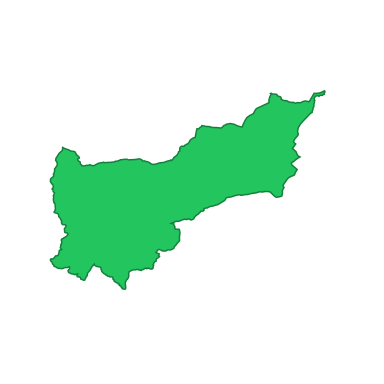 outline of Santa Isabel, Azuay, Ecuador, rotated 75°
{"feature_id": "8360857B32737896699989", "entity_name": "Santa Isabel", "entity_type": "district", "adm_level": 2, "iso_a3": "ECU", "parent_name": "Ecuador", "parent_adm1": "Azuay", "projection": "equal_earth", "projection_center": [-79.364, -3.175], "detail": "fine", "context": "isolated", "style": "filled", "palette": "green", "viewbox_px": 384, "rotation_deg": 75, "n_neighbors": 0, "source": "geoboundaries", "source_scale": "gbopen_adm2", "svg_char_len": 6071}
<svg xmlns="http://www.w3.org/2000/svg" viewBox="0 0 384 384"><g transform="rotate(75 192 192)"><path d="M117.2,90.5L117.5,90.3L118.5,90.7L120.0,92.1L122.9,93.8L123.9,94.2L125.5,94.3L125.9,95.9L128.1,108.2L129.9,110.4L132.2,112.4L133.1,116.5L134.3,119.7L136.5,122.1L140.3,125.4L142.1,126.5L141.7,127.9L139.9,131.0L137.5,133.7L135.7,137.3L135.7,138.7L135.4,141.1L135.5,141.6L136.0,142.0L135.9,143.6L136.3,144.6L136.9,145.2L137.6,146.8L137.7,147.6L136.2,151.3L134.9,155.8L133.4,158.1L132.1,162.0L131.4,162.9L131.2,163.7L130.5,164.9L130.4,165.3L131.3,165.8L131.5,167.1L132.5,168.8L132.6,169.6L132.3,171.0L140.1,174.8L140.1,176.8L141.2,180.1L142.8,181.5L144.4,183.6L144.5,185.2L144.9,185.9L145.1,187.1L145.8,187.9L145.1,190.0L145.3,191.0L146.3,192.4L149.3,193.2L149.6,194.5L150.8,195.2L152.7,197.2L154.0,200.6L154.9,201.3L156.3,203.5L155.6,204.1L155.9,205.3L155.8,208.3L156.1,210.6L156.1,212.3L155.6,214.5L155.5,217.5L155.9,219.0L155.5,219.7L155.6,221.5L154.6,223.9L153.3,225.0L152.7,225.3L151.3,227.1L150.4,228.9L149.7,229.7L149.3,231.5L149.0,231.9L148.0,232.1L146.6,233.7L146.1,235.8L146.1,237.9L145.7,238.8L145.7,240.0L145.1,242.0L144.6,244.9L143.6,246.2L143.0,248.4L142.6,251.8L142.3,252.9L142.7,253.9L142.7,255.0L142.9,256.0L142.5,257.7L142.8,259.7L141.9,264.9L141.4,266.4L141.3,268.3L140.3,269.7L140.5,270.7L140.1,272.1L140.2,273.3L140.0,274.8L141.2,280.2L140.1,282.7L139.3,283.3L139.2,284.0L139.5,285.5L138.9,286.6L139.0,288.9L138.8,290.0L138.0,291.6L137.2,291.7L136.4,292.5L134.0,292.3L132.5,293.7L131.7,294.1L130.7,294.0L130.1,292.1L129.5,291.9L128.1,292.5L126.3,293.8L123.0,294.6L122.1,295.8L121.3,298.1L119.1,300.6L117.4,303.3L115.5,305.4L118.0,306.3L118.7,307.2L120.2,310.3L124.4,314.8L126.2,315.5L127.8,314.9L129.5,314.7L131.4,315.4L134.3,318.9L136.0,319.1L137.0,319.9L137.9,320.0L138.8,321.3L140.6,321.3L141.6,322.6L142.4,324.8L143.2,325.4L145.2,326.1L147.8,325.3L148.5,324.6L149.0,324.5L151.9,324.7L152.3,325.9L153.1,326.4L154.0,325.7L155.7,326.0L157.1,325.1L157.8,325.3L159.9,327.0L161.2,326.9L163.3,327.9L166.6,328.1L167.8,327.4L168.5,327.5L172.9,328.3L174.3,329.0L175.7,330.5L176.5,330.0L177.6,327.9L178.9,326.8L181.2,327.1L183.7,325.9L184.9,325.9L186.3,325.4L188.1,326.1L189.9,325.6L190.9,322.9L191.8,322.3L192.5,322.4L194.5,324.8L197.4,325.3L198.2,325.3L199.4,323.1L200.5,322.6L201.7,323.9L202.5,325.2L203.1,327.6L203.5,328.4L203.6,329.6L204.3,330.5L204.7,330.8L205.6,330.5L207.3,331.0L208.5,331.7L208.9,332.4L209.7,332.5L211.5,333.5L212.4,333.5L213.8,332.7L213.9,333.1L213.9,335.0L214.6,335.6L215.6,335.9L218.1,337.3L218.7,338.5L218.4,340.1L220.5,343.1L220.6,344.1L220.1,345.3L220.3,346.0L221.2,346.4L221.9,346.4L223.5,345.4L225.5,345.3L227.0,344.3L228.0,344.5L228.5,344.1L228.7,343.2L230.6,341.7L231.4,340.1L232.5,337.2L232.1,334.4L232.7,332.2L232.4,330.0L233.2,329.7L234.3,330.1L236.1,332.2L237.8,332.0L239.7,329.8L240.5,328.1L241.5,326.7L241.5,323.8L242.9,324.8L244.1,324.7L245.2,322.4L245.8,321.9L247.4,321.9L249.3,319.2L249.4,318.6L247.1,316.6L245.8,315.0L243.4,313.9L240.9,310.4L238.2,307.9L237.4,306.5L236.8,306.2L236.4,305.1L237.2,305.3L238.9,303.8L239.8,302.2L240.3,300.8L241.5,299.5L243.4,299.9L244.2,299.5L244.9,299.7L245.5,299.6L247.8,298.4L248.6,297.4L250.0,296.6L250.3,296.0L251.7,295.0L252.0,294.0L252.8,293.2L253.1,291.6L253.8,290.7L254.3,290.6L255.9,290.9L256.8,290.0L257.4,290.3L258.3,290.1L260.6,287.8L260.9,287.1L261.7,287.0L262.4,285.9L262.9,286.3L263.4,286.4L264.7,284.9L265.2,285.1L265.9,284.8L266.2,284.3L267.0,284.5L267.8,283.8L268.3,282.6L268.5,281.3L266.7,280.6L263.4,280.2L261.8,279.6L259.9,277.9L259.5,276.9L258.1,275.5L256.7,274.8L253.6,274.0L252.9,273.5L252.2,271.4L252.2,270.6L251.9,269.3L252.5,267.1L252.6,265.0L253.2,263.7L253.7,263.4L254.0,262.0L254.5,261.9L254.7,261.2L254.1,260.1L254.2,258.7L253.6,257.4L253.8,255.6L254.3,255.6L254.3,253.8L255.5,252.1L256.0,251.1L256.1,250.6L255.7,249.7L255.1,249.1L253.7,248.8L253.0,248.1L252.3,248.4L251.7,247.7L250.5,247.1L249.7,245.9L249.5,244.6L247.9,244.0L247.1,243.1L246.6,241.3L245.9,240.0L245.6,240.0L245.1,240.7L244.1,240.4L243.6,239.8L243.0,239.8L242.1,241.5L241.2,242.4L239.1,240.1L239.0,238.5L240.1,236.9L241.0,236.3L242.0,233.7L242.1,232.0L241.8,231.3L241.7,229.9L242.5,227.6L241.7,224.1L240.8,223.7L240.0,222.8L239.2,221.3L238.0,220.0L236.0,216.7L232.0,215.7L228.8,214.3L225.1,213.9L224.7,214.2L224.4,214.8L223.7,217.5L222.4,218.1L221.3,217.5L218.7,218.0L218.2,217.8L216.9,220.2L216.7,219.0L216.6,217.1L216.2,216.1L216.3,214.6L216.8,213.0L216.8,210.5L216.3,208.6L216.5,207.5L216.3,206.3L216.9,205.1L217.3,203.5L217.0,202.2L218.8,200.2L218.7,198.4L218.2,197.0L217.5,196.6L216.1,194.9L215.8,193.8L215.3,193.0L214.9,191.3L214.1,190.6L213.8,189.6L212.9,188.6L213.3,186.3L213.1,185.6L212.5,185.0L211.6,185.1L211.3,184.6L211.0,182.9L211.4,181.5L210.7,178.7L211.0,174.7L210.8,172.8L210.9,170.4L208.7,162.8L207.9,161.7L206.7,160.6L206.4,159.6L206.9,154.9L206.6,150.9L206.8,147.4L207.1,146.5L207.7,145.9L208.1,144.7L208.2,141.8L208.8,138.9L208.8,135.4L209.4,130.5L209.3,126.6L210.3,123.8L210.4,121.6L211.2,118.6L212.1,116.6L217.8,113.1L218.7,112.1L219.0,111.5L219.3,108.4L219.1,106.2L216.8,105.0L213.8,104.2L211.4,101.9L210.1,102.5L209.0,102.3L204.2,96.6L203.4,95.4L202.9,94.0L202.2,89.3L201.8,88.3L200.5,87.7L197.5,84.6L191.7,88.5L190.0,88.6L189.5,88.3L188.8,85.7L187.5,83.2L186.1,78.6L185.0,79.8L184.2,80.3L183.2,80.7L179.9,81.1L176.0,83.7L172.5,79.4L171.3,80.3L169.9,80.8L169.2,80.7L167.1,78.6L165.0,75.4L163.9,74.4L160.8,74.4L157.4,72.7L154.7,70.0L152.2,66.3L147.0,57.7L146.5,56.6L146.3,55.4L145.3,55.1L143.4,53.7L142.1,53.3L141.2,52.3L138.2,51.3L137.2,50.6L136.2,50.5L135.5,49.7L133.4,50.0L131.7,48.4L131.3,46.3L131.7,45.3L132.5,44.6L131.8,43.5L132.4,41.0L131.7,39.6L131.8,39.0L131.1,39.0L129.7,37.6L128.6,37.8L129.4,42.6L128.9,46.9L128.2,48.4L135.1,55.4L133.4,58.9L133.3,61.0L133.8,63.9L133.6,65.2L132.9,66.9L133.1,69.0L131.7,70.7L131.4,71.6L131.5,72.2L130.0,75.2L128.3,76.9L127.6,79.2L126.8,80.5L125.3,81.9L124.5,81.5L123.1,81.8L121.4,84.4L120.5,84.5L119.5,85.1L118.5,87.7L118.3,89.0L117.2,89.7L117.2,90.5Z" fill="#22c55e" stroke="#15803d" stroke-width="1.5"/></g></svg>